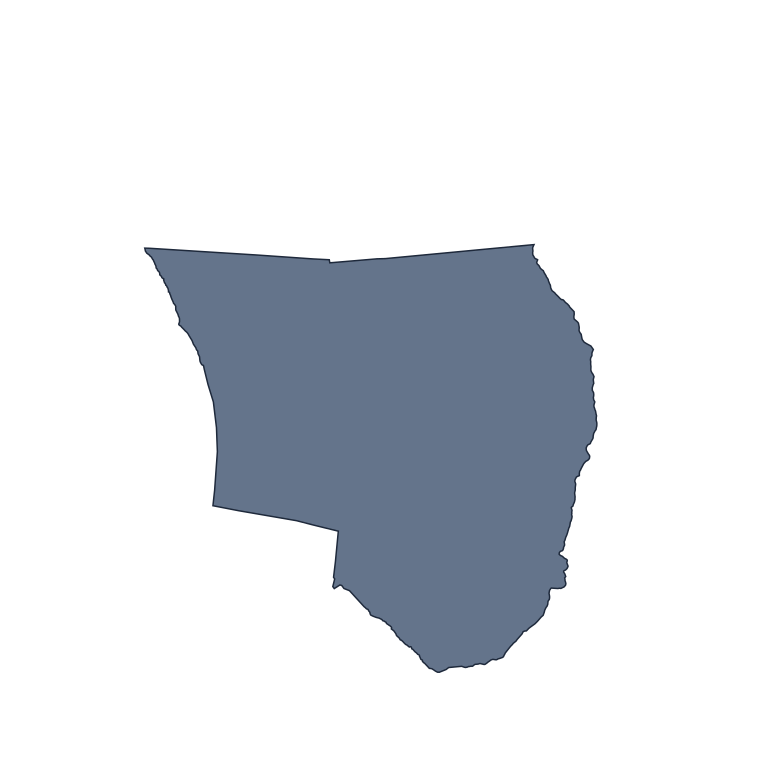 the district of Moreno, Buenos Aires, Argentina, rotated 310°
{"feature_id": "61730980B59094124790483", "entity_name": "Moreno", "entity_type": "district", "adm_level": 2, "iso_a3": "ARG", "parent_name": "Argentina", "parent_adm1": "Buenos Aires", "projection": "equal_earth", "projection_center": [-58.812, -34.597], "detail": "fine", "context": "isolated", "style": "filled", "palette": "slate", "viewbox_px": 768, "rotation_deg": 310, "n_neighbors": 0, "source": "geoboundaries", "source_scale": "gbopen_adm2", "svg_char_len": 6171}
<svg xmlns="http://www.w3.org/2000/svg" viewBox="0 0 768 768"><g transform="rotate(310 384 384)"><path d="M334.3,113.4L333.3,114.8L332.5,115.7L331.9,117.7L331.7,118.4L331.9,119.0L331.8,119.8L332.0,121.4L331.7,122.0L331.7,124.4L331.4,125.0L330.8,126.7L330.8,127.4L330.4,128.0L329.3,130.4L328.5,131.7L328.3,132.4L327.8,133.3L327.5,133.8L326.4,134.9L326.3,136.0L325.9,136.9L325.4,137.7L325.4,139.2L325.1,140.3L324.0,141.7L323.5,142.0L323.4,144.3L322.7,145.5L322.7,146.4L323.0,147.2L322.9,147.9L322.4,148.0L322.0,148.4L320.4,150.9L320.5,151.6L319.8,152.9L319.4,153.4L319.5,154.0L319.2,155.0L318.7,155.8L318.5,156.9L316.9,159.0L316.0,159.7L316.3,160.4L316.1,161.2L315.5,161.8L314.7,163.5L313.7,165.0L312.7,166.8L311.3,169.8L310.6,170.8L310.3,172.8L309.7,174.5L308.9,175.1L307.0,176.8L306.6,177.4L306.2,178.5L305.0,181.2L304.5,182.1L304.0,182.6L303.3,184.3L302.8,185.1L301.6,186.2L300.3,187.3L299.7,187.6L298.1,188.2L297.6,188.7L297.5,189.7L297.8,191.1L297.5,192.3L297.2,195.6L296.9,197.6L296.9,199.5L296.7,200.8L296.3,202.2L295.6,203.9L295.4,204.6L294.6,206.8L294.3,207.9L293.7,209.4L292.0,212.4L290.8,216.5L290.5,217.1L290.1,217.6L289.7,218.6L289.5,220.1L287.6,222.2L286.9,223.9L286.3,225.2L284.3,227.2L283.2,228.4L282.5,229.7L281.7,231.9L281.8,232.8L282.1,233.3L282.0,234.0L279.7,236.9L270.5,249.5L260.6,264.8L242.9,283.7L225.0,299.9L193.8,322.5L180.8,331.2L193.5,354.1L223.1,404.9L230.2,419.8L241.9,443.6L216.5,461.1L203.5,469.6L203.0,471.5L195.9,475.0L195.3,477.4L201.7,479.4L202.5,481.1L201.6,484.8L203.5,490.4L200.6,512.1L200.7,513.2L200.5,514.8L200.6,515.5L201.0,516.3L201.0,516.9L200.4,517.9L200.1,519.7L199.7,520.3L199.3,520.7L198.6,521.9L198.5,522.5L199.1,524.9L200.2,528.1L201.5,530.7L202.2,533.8L202.0,534.7L201.9,535.4L202.5,536.6L202.5,537.4L202.8,538.8L202.2,539.7L202.2,540.8L202.4,541.9L202.4,542.7L202.6,543.6L202.6,545.1L202.5,545.8L202.1,546.6L201.1,547.0L201.2,549.4L201.2,550.3L200.4,553.4L200.1,554.0L199.4,555.2L199.3,555.8L199.2,558.8L198.9,559.8L198.5,560.6L198.5,561.2L198.8,561.6L198.9,562.5L198.8,564.4L198.6,565.5L198.4,567.9L198.8,569.4L198.7,570.1L198.8,571.0L198.7,571.8L198.9,572.6L199.6,572.9L200.0,573.5L199.9,574.2L199.0,575.5L199.3,576.8L199.2,577.3L198.8,579.8L198.9,581.8L198.6,583.6L199.0,584.8L198.9,585.6L198.0,586.5L197.9,587.2L196.9,588.9L196.8,589.8L197.1,590.4L197.1,591.0L196.3,591.7L196.1,592.3L196.2,592.9L196.0,593.8L196.2,594.4L195.6,599.4L195.3,601.5L195.9,602.4L196.7,603.8L196.9,605.5L197.1,607.8L197.6,610.2L198.8,611.7L205.2,615.1L208.4,615.8L217.7,625.0L218.7,627.7L219.1,628.4L219.5,628.9L220.8,629.9L222.1,630.5L222.6,631.2L223.9,632.1L224.2,632.8L224.7,633.2L225.3,633.4L227.2,633.7L227.8,634.0L229.9,636.1L231.2,636.9L231.7,637.4L233.4,640.8L233.7,641.2L234.2,641.6L236.3,642.2L237.7,642.4L240.2,643.1L241.0,643.2L242.7,644.1L243.2,644.6L244.2,646.3L244.9,647.3L245.6,647.7L246.8,648.1L247.9,648.9L250.8,650.6L252.0,650.8L253.1,650.4L254.5,650.2L255.8,649.8L262.8,649.6L264.8,649.6L267.0,649.8L268.4,649.7L271.9,650.4L273.9,650.2L281.2,650.4L283.8,649.8L285.2,650.6L286.4,651.8L289.9,652.0L291.8,652.4L297.4,653.8L300.8,654.1L306.6,654.2L309.1,654.6L312.3,653.4L314.1,652.5L316.9,651.8L318.7,651.7L320.4,651.1L323.0,649.3L325.2,649.1L326.5,648.4L327.9,647.2L329.8,644.9L332.3,643.5L334.4,643.2L335.2,643.3L337.0,645.8L339.2,648.8L340.2,649.5L341.1,650.9L344.4,652.4L346.6,652.4L347.9,651.7L348.5,651.0L349.2,650.0L349.7,649.1L350.8,648.1L351.6,647.0L353.3,647.0L354.8,644.5L355.4,642.5L356.1,642.0L356.7,641.9L358.1,642.6L359.6,642.8L360.4,642.8L362.4,642.3L362.9,641.9L364.4,639.2L365.1,638.5L366.3,638.1L366.7,637.7L367.0,637.2L367.0,636.4L366.6,634.8L366.5,633.3L366.7,631.6L366.1,629.5L366.1,627.7L367.1,626.9L367.7,626.7L369.2,626.7L369.9,627.1L370.5,627.6L371.7,627.8L372.6,627.5L373.2,627.3L374.2,626.6L376.7,625.9L377.4,625.2L378.7,623.7L379.2,623.3L380.4,623.1L383.3,621.8L385.8,621.1L387.8,620.3L392.7,618.1L393.3,618.0L394.3,617.7L398.1,615.5L399.4,615.3L402.0,614.1L403.2,613.4L403.9,612.6L404.3,612.0L404.8,611.5L405.9,610.9L406.3,610.3L407.9,609.4L408.4,608.8L409.4,607.2L409.9,606.8L410.5,606.8L411.1,607.1L411.8,607.2L412.3,607.0L413.6,606.4L414.8,606.1L416.1,605.7L418.4,604.5L419.4,603.6L420.3,603.0L423.0,600.1L423.7,599.7L425.8,598.6L427.7,597.0L430.1,595.5L430.7,595.0L432.2,592.6L433.5,591.9L434.1,591.7L435.1,591.5L436.4,591.2L437.8,591.7L439.2,592.5L439.8,592.3L440.6,591.4L442.9,590.0L444.3,589.9L444.8,589.7L446.3,589.3L451.4,588.2L454.4,588.3L456.7,589.2L457.6,589.2L458.1,589.3L459.0,589.2L460.2,588.5L460.9,588.0L461.4,587.2L461.8,585.5L463.0,582.2L463.4,581.5L464.1,580.8L464.7,580.2L465.4,579.8L467.0,579.4L468.6,579.3L470.5,580.2L471.1,580.3L472.3,579.8L476.3,579.1L477.1,578.8L478.6,577.7L480.9,576.4L483.8,575.8L485.0,575.8L485.7,575.6L486.8,574.9L488.6,574.0L490.3,572.7L491.4,571.6L492.5,570.0L493.1,569.4L495.4,567.7L496.1,567.4L496.6,566.8L497.1,566.0L499.3,563.4L499.9,562.1L500.7,561.0L501.4,559.7L502.1,558.9L503.1,558.2L505.8,557.0L506.1,556.3L506.6,554.9L508.0,553.3L508.5,552.9L509.3,552.5L510.5,551.7L512.0,550.2L512.7,548.6L513.1,547.5L513.6,547.2L514.9,546.0L518.1,544.6L519.3,544.3L521.5,541.9L522.2,541.3L524.6,540.2L525.8,537.8L526.2,536.2L526.8,534.8L527.6,533.5L530.4,531.3L532.1,529.5L534.0,528.0L535.2,526.6L537.0,525.5L539.2,525.1L539.7,524.8L540.8,523.8L542.0,523.1L545.0,522.2L546.1,518.1L545.1,513.2L544.7,510.5L545.4,507.5L546.1,506.4L548.8,503.1L549.1,502.2L549.3,501.0L550.0,499.6L550.6,498.8L552.6,497.4L553.6,496.3L555.6,493.8L555.9,492.5L556.0,487.9L557.4,486.3L559.8,484.8L561.6,483.1L562.3,476.8L562.8,475.8L563.2,473.2L563.1,470.6L563.6,467.7L563.5,466.8L562.7,465.6L562.7,463.6L563.0,461.4L563.3,457.4L563.6,456.2L563.5,452.8L563.9,451.8L564.8,449.9L566.4,448.2L566.8,447.6L567.0,446.9L568.7,443.7L569.5,442.7L570.0,441.5L570.5,439.4L571.1,438.5L572.2,435.2L573.2,433.2L573.1,432.1L573.1,429.5L574.2,426.9L574.4,425.8L574.4,424.5L574.8,423.5L575.4,422.7L577.9,421.9L577.8,420.8L577.3,419.4L577.4,418.1L577.8,417.3L578.6,415.0L580.1,413.5L581.6,412.6L583.4,410.7L584.4,410.1L587.2,409.3L480.8,304.3L475.4,298.2L442.0,264.6L444.0,262.2L434.1,249.1L401.1,203.7L337.3,117.2L334.3,113.4Z" fill="#64748b" stroke="#1e293b" stroke-width="1.5"/></g></svg>